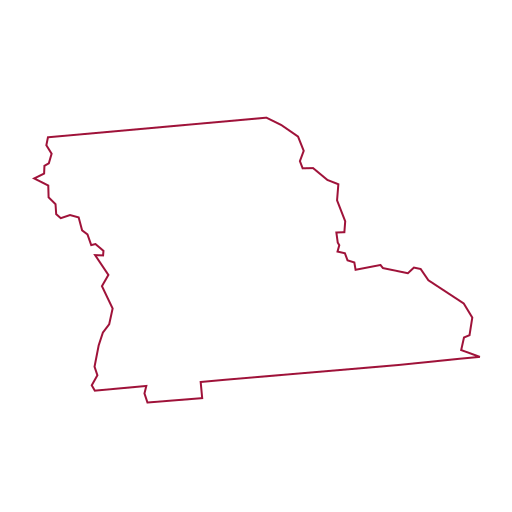 Colusa, California, United States of America (orthographic projection), rotated 175°
{"feature_id": "52423323B21715725601403", "entity_name": "Colusa", "entity_type": "district", "adm_level": 2, "iso_a3": "USA", "parent_name": "United States of America", "parent_adm1": "California", "projection": "orthographic", "projection_center": [-122.228, 39.169], "detail": "fine", "context": "isolated", "style": "outline", "palette": "rose", "viewbox_px": 512, "rotation_deg": 175, "n_neighbors": 0, "source": "geoboundaries", "source_scale": "gbopen_adm2", "svg_char_len": 1019}
<svg xmlns="http://www.w3.org/2000/svg" viewBox="0 0 512 512"><g transform="rotate(175 256 256)"><path d="M61.7,135.9L41.8,136.0L59.8,144.4L55.9,156.7L50.2,158.5L45.9,175.8L53.2,190.6L86.4,216.8L93.1,228.7L99.7,230.7L106.2,225.6L130.6,232.9L132.8,236.2L158.0,233.6L158.6,241.0L165.2,243.7L167.2,251.0L174.4,253.3L172.1,259.5L173.4,262.2L173.9,272.4L165.9,272.0L164.1,282.8L170.4,304.4L167.7,320.3L178.2,325.5L191.5,338.6L201.9,339.3L204.0,346.7L199.3,356.6L203.7,371.3L219.3,384.2L233.6,392.9L452.9,392.4L455.2,384.6L450.7,375.7L454.3,366.4L458.9,364.3L459.9,356.6L470.2,352.6L456.8,344.3L457.5,332.5L451.2,325.1L451.4,315.1L447.2,310.7L437.7,313.0L429.3,309.9L427.0,296.7L422.0,292.2L419.2,281.2L414.9,281.9L407.5,274.4L408.3,269.9L416.2,270.9L404.7,250.0L412.1,239.4L403.4,216.2L408.2,200.8L415.2,193.1L420.5,180.7L426.5,159.8L424.4,151.0L430.9,141.5L428.3,135.9L376.6,136.1L379.1,128.8L376.9,119.5L322.0,119.1L322.1,135.3L297.7,135.4L124.1,135.0L61.7,135.9Z" fill="none" stroke="#9f1239" stroke-width="2"/></g></svg>